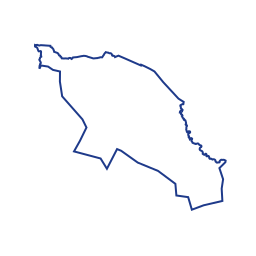 Altanbulag, Selenge, Mongolia (Mercator projection), rotated 8°
{"feature_id": "93677404B4874653776406", "entity_name": "Altanbulag", "entity_type": "district", "adm_level": 2, "iso_a3": "MNG", "parent_name": "Mongolia", "parent_adm1": "Selenge", "projection": "mercator", "projection_center": [106.819, 50.071], "detail": "fine", "context": "isolated", "style": "outline", "palette": "blue", "viewbox_px": 256, "rotation_deg": 8, "n_neighbors": 0, "source": "geoboundaries", "source_scale": "gbopen_adm2", "svg_char_len": 5376}
<svg xmlns="http://www.w3.org/2000/svg" viewBox="0 0 256 256"><g transform="rotate(8 128 128)"><path d="M229.2,146.7L227.8,146.2L226.7,146.2L225.6,146.5L225.0,146.4L224.5,146.6L223.6,147.6L223.5,147.8L223.4,148.1L223.4,148.4L223.5,148.6L223.5,148.9L223.3,149.3L222.8,149.5L222.0,149.5L221.1,149.9L220.8,149.9L220.3,149.7L219.7,149.1L219.4,149.0L219.2,148.5L219.1,148.0L219.0,147.8L218.7,147.5L218.4,147.3L217.8,147.1L217.3,147.0L216.6,147.1L216.0,147.5L215.7,147.4L215.0,146.9L214.9,146.9L214.4,147.0L214.1,146.8L213.9,146.9L213.6,147.0L213.3,147.1L213.1,147.0L212.8,146.7L212.6,146.4L212.5,146.0L212.4,145.5L212.2,145.1L212.0,144.9L211.8,144.6L211.5,144.5L211.3,144.6L211.1,144.6L210.4,145.0L210.1,145.1L209.9,145.0L209.6,144.9L209.5,144.7L209.4,144.1L209.5,143.6L209.5,143.4L209.4,143.2L209.0,142.8L208.8,142.7L208.5,142.7L208.2,142.8L208.0,143.1L207.9,143.3L207.7,143.7L207.5,143.9L207.3,143.9L206.5,143.7L205.8,143.3L205.6,143.2L205.5,142.5L205.6,142.3L205.4,141.8L205.2,141.3L204.8,140.8L204.1,140.4L203.7,140.3L203.2,140.2L202.7,140.0L202.4,139.8L202.2,139.6L202.0,139.3L201.9,138.8L201.9,138.3L202.0,137.7L202.3,137.3L202.5,137.1L203.1,136.7L203.3,136.2L203.2,135.6L203.0,135.3L202.8,135.2L202.5,135.1L201.8,135.0L201.1,134.8L200.7,134.5L200.1,133.9L199.6,133.6L198.7,133.7L198.1,134.1L197.7,134.3L197.3,134.4L197.0,134.4L196.9,134.4L196.8,134.2L196.6,134.1L195.7,134.1L195.3,134.0L194.1,133.7L193.9,133.6L193.6,132.9L193.4,132.7L192.7,132.1L192.5,131.7L192.5,131.2L192.9,130.6L192.9,130.4L193.0,130.0L193.0,129.7L192.8,129.5L192.6,129.4L192.0,129.2L191.5,129.3L191.3,129.4L191.1,129.7L190.7,130.4L190.3,129.7L190.1,129.4L189.4,128.7L189.5,128.3L189.7,128.1L189.7,127.9L189.5,127.6L189.1,127.6L189.0,127.4L189.1,127.2L188.6,126.5L188.5,126.1L188.6,125.6L188.7,125.3L188.8,125.1L189.6,124.4L189.9,124.1L190.1,123.8L190.1,123.5L190.1,123.3L190.0,123.1L189.9,122.9L189.7,122.8L189.5,122.7L188.5,122.8L188.3,122.9L188.2,123.0L187.9,123.6L187.8,123.8L187.6,124.0L187.4,124.1L187.1,123.9L186.8,123.5L186.5,122.8L185.8,121.2L185.9,120.4L185.8,119.8L185.7,119.2L185.7,118.7L185.9,118.2L186.1,117.9L186.1,117.6L186.0,117.4L185.8,117.1L185.6,117.1L185.1,117.0L184.9,116.9L184.6,116.6L184.6,116.4L184.6,116.2L184.9,115.7L184.9,115.4L184.8,115.0L184.7,114.6L184.4,113.9L183.8,112.5L183.5,112.3L183.2,112.2L182.6,112.3L182.4,112.2L182.2,112.0L182.2,111.9L182.3,111.7L182.2,111.5L182.2,111.4L181.8,111.4L181.7,111.2L181.5,110.8L181.5,110.7L181.1,110.5L180.9,110.3L180.7,110.2L180.5,109.9L180.3,109.6L180.3,109.4L180.2,109.2L179.9,108.9L180.0,108.8L180.1,108.6L180.1,108.3L180.2,108.1L180.1,107.9L179.9,107.8L179.7,107.4L179.3,107.3L179.0,107.3L178.8,107.2L178.7,107.1L178.6,106.9L178.5,106.6L178.5,106.3L178.6,106.0L178.6,105.8L178.5,105.6L177.9,105.4L177.3,105.5L177.2,105.5L177.2,104.6L177.3,104.4L177.4,104.2L177.6,104.2L177.7,103.7L177.8,103.6L178.4,103.3L178.7,103.3L179.0,103.4L179.2,103.5L179.2,103.4L179.5,103.0L179.5,102.9L179.5,102.7L179.2,102.7L179.1,102.4L179.1,102.2L178.9,101.9L178.6,101.7L178.1,101.6L177.6,101.1L177.6,100.7L177.4,99.9L177.2,99.7L177.2,99.4L176.8,99.0L176.7,98.8L176.7,98.5L176.8,98.1L177.0,98.0L177.5,97.7L177.7,97.4L178.6,96.8L179.1,96.8L179.4,96.8L179.5,96.7L179.5,94.4L178.1,93.8L173.9,91.9L156.5,77.7L153.7,75.1L146.3,68.3L141.8,66.5L135.8,64.5L132.2,63.5L132.1,64.3L115.1,59.5L112.5,58.8L108.5,57.7L107.4,58.3L105.3,59.6L105.0,59.1L104.6,58.7L104.1,58.7L103.5,58.4L103.3,58.4L102.9,58.6L102.6,58.6L102.4,58.5L102.2,58.4L101.8,57.3L100.6,56.4L100.1,56.4L99.2,56.6L97.8,56.1L97.6,56.1L97.2,56.2L96.3,56.1L95.4,56.0L95.2,56.5L94.8,56.9L94.5,57.4L94.3,57.8L94.1,58.2L93.9,59.0L93.6,59.4L92.6,61.6L90.9,61.8L90.5,61.9L90.1,62.2L88.4,62.8L87.8,63.1L87.5,63.1L84.2,63.9L83.7,63.9L83.2,63.8L79.4,63.2L78.0,63.0L77.6,62.8L77.1,62.7L76.0,62.6L75.1,62.6L74.0,62.7L72.9,63.1L72.0,63.3L69.8,64.1L67.6,64.9L63.7,65.8L63.3,66.5L63.1,67.0L62.4,67.5L62.1,67.2L61.5,66.7L61.3,66.7L60.0,66.8L59.8,67.0L59.2,67.7L58.7,67.6L56.2,67.8L54.9,68.1L54.4,68.1L52.8,68.3L52.5,68.0L52.3,67.5L52.1,67.1L51.7,66.8L51.2,66.8L51.0,66.4L50.8,65.9L50.7,65.8L49.9,65.8L49.7,65.7L49.1,64.9L48.9,64.5L48.8,64.3L48.5,64.0L48.1,63.9L48.0,63.7L47.7,63.5L44.2,62.8L44.1,62.2L43.8,61.6L43.5,61.2L43.3,60.7L43.0,60.2L42.0,59.5L41.9,59.1L41.6,58.8L41.4,58.8L40.9,58.8L40.5,58.6L39.9,58.3L39.7,57.4L34.2,57.8L33.9,57.8L30.2,58.1L29.8,58.2L28.6,58.7L26.4,58.3L25.8,58.6L25.4,58.6L25.2,58.7L25.1,58.9L25.0,59.0L24.8,59.0L24.7,58.9L24.4,58.8L24.4,59.2L24.5,59.9L24.6,60.2L24.8,60.4L25.0,60.5L25.6,60.5L25.9,60.6L26.8,61.1L27.1,61.5L28.2,63.6L28.6,64.2L28.9,64.5L29.2,64.5L29.5,64.4L30.5,64.0L30.8,64.0L31.0,64.1L31.2,64.3L31.4,65.3L31.4,66.3L31.6,67.4L31.6,67.7L31.5,68.2L31.5,68.4L31.7,68.6L32.0,68.8L32.1,69.0L32.2,69.5L31.5,70.0L31.2,70.5L31.1,70.8L31.1,71.1L31.1,71.7L30.8,72.2L30.7,72.4L30.7,72.6L30.7,72.8L31.1,73.3L31.5,73.9L32.0,74.4L32.1,74.6L32.2,74.8L32.3,75.1L32.6,75.6L32.6,75.8L32.5,76.2L32.1,76.7L32.0,77.2L32.0,77.5L32.0,77.8L32.0,78.2L31.8,78.6L31.8,78.8L31.9,79.2L31.8,80.0L32.1,81.6L33.1,78.2L40.3,78.3L45.6,80.9L52.8,81.5L54.1,91.5L58.4,105.8L81.7,125.8L86.8,133.3L82.2,147.4L77.8,158.7L105.1,162.0L112.8,171.3L120.1,150.4L124.4,151.5L142.5,160.9L163.7,166.3L182.7,176.7L185.3,188.1L197.2,188.1L202.6,200.0L213.7,194.0L231.6,187.1L229.2,175.0L229.3,165.5L224.1,155.0L229.2,148.3L229.2,147.4L229.2,147.0L229.2,146.7Z" fill="none" stroke="#1e3a8a" stroke-width="2"/></g></svg>